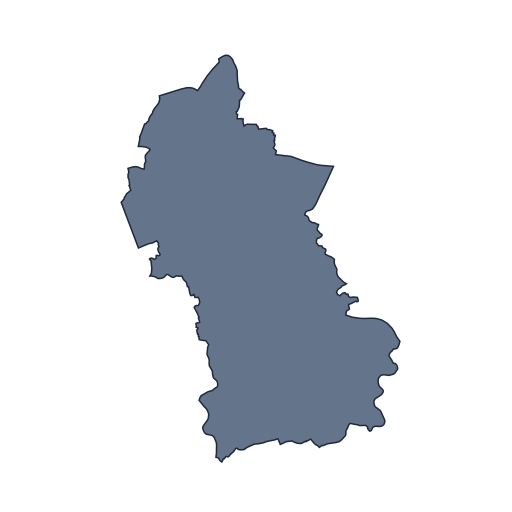 Phrom Buri, Sing Buri, Thailand (Mercator projection), rotated 344°
{"feature_id": "78962969B89393291205833", "entity_name": "Phrom Buri", "entity_type": "district", "adm_level": 2, "iso_a3": "THA", "parent_name": "Thailand", "parent_adm1": "Sing Buri", "projection": "mercator", "projection_center": [100.446, 14.789], "detail": "fine", "context": "isolated", "style": "filled", "palette": "slate", "viewbox_px": 512, "rotation_deg": 344, "n_neighbors": 0, "source": "geoboundaries", "source_scale": "gbopen_adm2", "svg_char_len": 6128}
<svg xmlns="http://www.w3.org/2000/svg" viewBox="0 0 512 512"><g transform="rotate(344 256 256)"><path d="M284.8,457.4L287.6,456.3L291.2,454.1L293.1,452.5L294.1,449.5L294.6,448.4L296.7,446.5L298.1,444.5L299.4,443.3L300.1,443.0L301.4,443.3L303.6,444.6L307.1,446.3L309.1,447.7L313.2,448.6L314.6,449.1L315.2,449.7L316.1,451.4L316.2,452.0L315.8,452.4L316.0,453.6L316.6,455.0L317.2,455.8L318.8,455.5L320.7,453.2L322.0,452.6L324.1,452.6L327.6,453.9L329.6,454.2L330.8,454.0L332.5,453.2L334.1,451.1L334.4,449.8L334.4,448.5L333.2,440.2L332.7,438.5L329.2,434.0L328.8,433.0L328.8,429.9L329.4,427.9L330.4,426.8L331.4,426.0L337.9,424.0L339.6,423.0L340.7,421.8L341.1,420.8L341.1,419.7L340.2,417.8L338.9,416.0L338.4,413.1L338.8,410.3L339.8,407.7L340.6,406.7L343.1,405.2L344.3,405.1L346.5,405.5L350.8,407.4L355.2,407.5L357.0,407.0L360.5,404.2L361.1,403.4L361.3,402.5L361.4,400.9L361.1,399.4L360.6,398.4L360.0,397.6L358.4,396.8L357.7,393.2L356.5,389.5L356.4,388.6L356.7,387.8L358.3,385.9L360.6,384.8L361.9,383.7L363.0,383.5L365.7,383.7L366.8,383.3L368.9,380.8L370.8,377.7L368.9,372.1L368.0,366.9L366.9,363.1L363.7,357.0L359.9,352.8L357.4,351.0L353.9,349.0L349.3,347.5L343.6,346.1L339.7,344.9L335.5,343.1L331.6,341.3L326.2,337.7L326.7,335.9L328.0,333.8L330.3,333.2L331.2,332.7L331.5,328.5L331.7,328.1L334.3,328.0L338.9,327.0L339.7,327.2L340.3,327.8L341.5,327.8L341.8,327.5L342.1,326.2L342.0,323.7L338.1,322.2L335.2,321.8L334.4,321.3L333.9,320.2L333.9,318.0L333.5,317.8L332.1,317.6L331.7,316.0L331.3,315.8L329.3,315.6L325.6,317.3L323.7,315.4L323.7,314.3L323.4,313.0L325.5,310.7L329.3,309.5L330.4,308.5L334.2,308.0L335.3,307.5L333.6,306.0L332.4,304.3L329.3,298.7L328.8,296.7L329.1,293.8L330.0,291.4L330.0,290.3L329.3,286.4L329.3,284.9L329.5,283.1L330.4,281.1L330.3,280.5L327.8,277.3L326.0,276.1L323.3,273.6L323.1,273.1L323.2,272.2L323.8,271.1L324.7,270.2L324.8,268.5L322.4,266.5L322.1,264.5L318.9,263.3L318.4,261.5L317.7,260.4L318.2,258.2L319.6,256.1L322.1,256.0L324.6,255.0L325.2,254.3L325.3,253.2L324.1,252.2L322.0,247.8L322.4,246.4L324.7,243.5L324.8,242.9L323.2,242.0L321.3,240.1L319.4,239.5L317.7,237.6L316.9,236.2L316.9,233.9L316.5,232.4L315.9,231.5L314.1,229.9L314.5,229.4L314.5,228.8L315.4,228.2L316.6,227.0L318.3,226.8L320.1,227.0L323.3,226.4L327.8,222.6L334.5,214.8L341.4,207.4L355.2,191.2L343.9,186.9L340.0,185.2L330.6,179.5L325.3,175.9L317.1,169.9L302.7,163.9L304.5,160.6L303.0,158.1L302.6,156.6L303.9,155.6L304.9,154.1L305.1,150.0L305.7,150.1L306.6,147.4L307.4,146.3L307.9,145.3L306.3,144.5L307.1,142.9L305.7,141.8L306.6,140.2L303.9,138.3L301.4,137.3L301.3,136.4L300.7,136.0L293.5,134.8L293.5,131.6L292.7,131.3L292.6,129.6L283.9,126.9L281.9,127.1L280.3,127.8L280.5,126.7L280.2,124.6L281.4,120.7L280.4,120.7L280.0,119.8L277.9,119.5L275.7,118.8L277.3,114.9L276.5,114.4L276.8,111.8L277.8,111.8L280.7,108.4L282.1,105.1L283.1,101.7L284.2,101.7L289.9,96.2L288.2,93.7L287.3,91.7L286.1,90.7L285.6,89.3L286.1,87.7L286.5,82.7L288.2,75.4L289.0,72.8L288.8,68.0L288.0,64.9L287.7,60.8L286.2,57.5L284.9,55.9L283.3,55.0L281.5,54.6L278.4,55.1L274.4,56.3L274.3,58.9L273.6,59.8L266.2,64.2L258.6,69.5L252.3,74.9L248.4,78.6L245.2,80.9L243.8,79.1L241.6,77.3L239.5,76.2L236.1,75.2L230.3,74.9L207.2,75.4L206.7,78.8L204.6,82.2L198.6,86.6L196.8,88.4L195.9,90.1L193.1,92.2L191.8,93.5L190.9,94.6L190.2,96.3L188.0,97.5L186.5,98.5L185.3,98.4L178.7,107.5L176.9,109.5L176.5,111.6L173.0,118.3L176.2,119.2L179.2,120.5L180.8,121.4L183.6,124.2L182.0,125.8L180.4,126.6L178.7,127.9L177.5,128.5L176.6,131.0L176.5,132.4L175.9,135.1L174.9,135.9L173.9,137.5L173.1,140.2L172.5,141.4L172.3,141.7L169.9,140.3L167.0,137.9L165.1,137.0L161.9,136.4L157.1,136.5L156.9,139.8L156.6,140.8L155.6,142.1L154.6,145.5L155.0,147.8L154.5,150.0L154.3,152.1L154.0,153.0L153.4,153.1L153.8,158.3L149.0,160.4L145.7,163.4L144.7,164.9L141.2,167.3L145.2,215.9L156.1,214.6L160.5,214.9L164.7,214.0L164.7,214.5L165.8,216.5L165.2,217.9L165.2,220.3L163.9,221.5L163.5,222.5L163.4,225.1L164.2,227.4L164.1,228.4L162.5,229.0L161.1,228.1L160.2,228.0L159.4,230.5L158.9,230.9L157.6,231.3L157.3,231.1L156.7,230.3L154.8,229.1L153.3,229.2L152.8,229.6L152.8,230.1L153.7,231.4L152.5,238.9L150.6,244.0L148.7,245.7L148.4,246.1L149.8,246.3L152.7,247.8L154.2,249.0L155.2,250.4L156.7,251.0L159.6,251.4L161.1,251.2L162.7,250.6L164.6,249.3L165.2,249.2L166.2,249.6L169.1,252.9L170.2,253.6L171.3,253.8L174.1,253.1L176.0,254.1L179.1,254.8L179.9,258.8L181.8,262.2L181.6,266.6L182.7,266.8L182.1,273.5L182.3,275.9L182.7,276.2L184.2,276.4L185.5,275.7L185.7,276.0L185.9,279.0L189.1,279.9L189.4,281.7L189.2,285.0L187.1,287.5L186.6,287.6L184.7,287.1L183.1,287.6L182.4,288.3L183.6,293.9L184.3,298.8L184.3,299.6L183.5,299.7L183.7,304.0L183.4,304.2L182.0,304.3L180.8,304.0L179.6,304.4L179.4,306.5L178.8,308.1L180.3,308.9L180.0,310.1L178.7,310.8L178.5,311.2L178.3,315.1L179.0,315.3L178.4,317.7L178.9,317.9L178.5,319.4L178.4,320.8L181.9,322.6L184.4,323.5L186.1,328.3L184.5,330.2L182.0,336.4L181.8,337.5L182.3,340.5L182.4,342.9L181.2,346.7L180.9,348.8L182.3,354.4L181.6,358.0L181.5,360.9L181.9,362.2L183.4,364.3L184.0,365.8L184.1,367.5L183.8,368.8L183.3,370.3L182.6,371.1L179.6,372.0L177.3,373.0L176.4,373.3L172.6,373.2L164.9,375.1L163.6,376.1L161.5,379.0L164.6,386.3L166.1,389.0L166.6,390.9L167.0,393.8L166.8,395.5L165.6,398.5L164.0,400.5L158.7,404.5L157.6,406.0L157.3,407.3L157.3,408.3L157.6,410.8L158.5,412.9L159.2,413.7L164.0,416.1L165.3,417.7L165.9,419.3L166.4,424.3L166.1,426.5L163.4,435.2L162.0,438.3L164.3,439.9L164.6,441.5L165.2,443.1L166.4,444.6L167.4,443.6L168.6,442.0L169.2,442.2L169.9,442.0L171.7,440.5L172.5,440.5L173.5,441.4L174.0,441.4L174.5,440.9L175.4,440.8L176.1,439.9L180.7,437.8L180.8,437.4L181.5,437.1L183.3,435.6L184.1,435.3L185.1,436.0L185.6,437.1L188.0,438.2L191.2,438.8L191.9,438.7L192.3,438.1L193.5,438.0L194.6,437.5L201.5,436.5L203.2,436.5L206.8,437.2L211.6,437.6L215.3,437.3L222.9,437.9L226.7,437.7L227.4,443.8L230.2,443.5L232.9,442.9L234.7,442.9L239.9,443.8L240.4,444.6L243.4,447.0L246.7,448.4L247.8,448.7L252.9,447.7L252.9,448.2L258.1,447.1L260.4,452.3L261.5,454.0L262.8,455.0L264.1,457.4L267.3,456.3L268.2,456.8L273.0,456.2L281.1,457.3L284.8,457.4Z" fill="#64748b" stroke="#1e293b" stroke-width="1.5"/></g></svg>